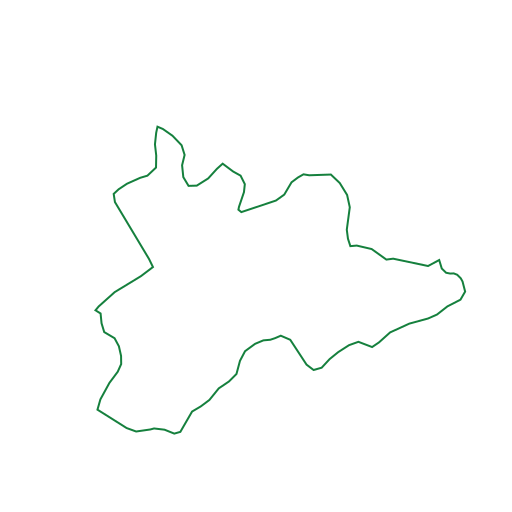 the border of Kadiogo, rotated 345°
{"feature_id": "BFA-2815", "entity_name": "Kadiogo", "entity_type": "Province", "adm_level": 1, "iso_a3": "BFA", "parent_name": "Burkina Faso", "parent_adm1": "", "projection": "albers", "projection_center": [-1.48, 12.365], "detail": "fine", "context": "isolated", "style": "outline", "palette": "green", "viewbox_px": 512, "rotation_deg": 345, "n_neighbors": 0, "source": "natural_earth", "source_scale": "10m", "svg_char_len": 1472}
<svg xmlns="http://www.w3.org/2000/svg" viewBox="0 0 512 512"><g transform="rotate(345 256 256)"><path d="M431.9,307.3L432.2,316.2L435.3,321.4L439.0,323.2L442.5,324.0L445.5,326.2L448.0,330.5L448.9,334.1L448.8,344.5L442.2,351.1L427.9,354.2L415.7,359.4L406.0,360.9L386.6,361.0L365.8,364.5L352.4,371.3L344.6,374.0L332.7,365.4L322.8,366.2L310.6,370.1L300.5,374.6L290.5,380.9L282.1,381.0L276.7,374.0L267.4,345.8L259.3,339.4L253.1,340.3L248.1,340.6L241.3,339.4L232.4,340.6L220.8,345.1L213.4,353.1L206.6,364.9L197.4,370.2L185.8,374.2L173.7,383.0L163.7,387.0L154.0,389.7L137.4,406.3L131.1,406.4L122.7,400.1L112.9,396.2L109.0,396.2L94.8,394.5L86.5,388.7L63.1,363.4L68.6,354.2L81.6,340.6L92.5,332.0L97.8,325.5L99.8,317.6L100.2,307.7L98.1,298.8L89.7,290.2L89.4,281.0L91.0,271.3L86.9,266.9L91.0,264.0L110.2,254.3L139.6,245.7L153.6,240.0L151.9,231.2L133.7,167.4L134.6,159.2L140.6,156.0L150.1,152.8L164.4,150.5L171.9,150.3L182.3,144.7L185.6,133.3L187.3,122.0L191.5,111.1L194.3,105.6L198.9,109.2L206.5,118.3L212.8,129.8L213.2,139.9L208.1,149.2L206.2,161.0L209.0,170.8L217.0,172.7L229.9,168.7L240.8,161.7L247.7,158.2L255.8,168.5L261.9,174.4L263.8,183.7L260.9,191.2L252.3,204.1L251.0,206.7L253.2,209.8L289.6,207.6L299.2,204.0L309.4,194.0L316.9,191.0L323.0,189.4L328.3,191.8L349.4,196.7L355.8,207.2L359.8,220.6L359.2,233.2L350.5,254.1L349.3,263.1L349.7,270.9L356.0,272.0L369.5,279.2L381.0,293.2L387.8,294.1L419.6,310.2L431.9,307.3Z" fill="none" stroke="#15803d" stroke-width="2"/></g></svg>